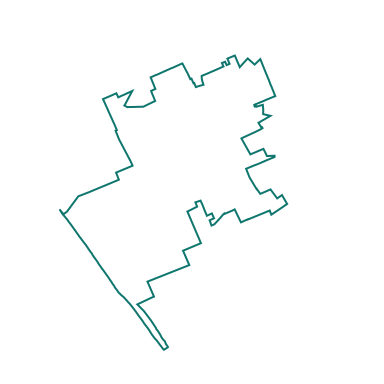 outline of Dzemul, Yucatán, Mexico, rotated 241°
{"feature_id": "50627088B35219806779119", "entity_name": "Dzemul", "entity_type": "district", "adm_level": 2, "iso_a3": "MEX", "parent_name": "Mexico", "parent_adm1": "Yucatán", "projection": "orthographic", "projection_center": [-89.351, 21.252], "detail": "fine", "context": "isolated", "style": "outline", "palette": "teal", "viewbox_px": 384, "rotation_deg": 241, "n_neighbors": 0, "source": "geoboundaries", "source_scale": "gbopen_adm2", "svg_char_len": 4156}
<svg xmlns="http://www.w3.org/2000/svg" viewBox="0 0 384 384"><g transform="rotate(241 192 192)"><path d="M118.9,108.0L135.2,109.6L129.4,154.2L145.0,155.7L142.9,175.0L154.7,176.2L177.1,178.5L176.7,189.4L181.3,190.0L180.3,195.3L175.4,194.9L169.5,194.1L164.0,193.5L163.6,199.0L158.3,198.5L158.7,193.7L153.2,192.8L152.9,195.9L155.4,203.5L157.2,208.3L157.5,209.6L157.1,209.5L156.2,218.2L156.1,219.6L156.1,220.9L141.7,220.1L141.1,227.4L140.9,227.3L140.4,231.5L138.1,251.0L133.7,250.4L134.8,263.3L135.4,269.4L145.7,269.2L145.1,263.4L156.2,261.9L157.0,253.3L157.3,250.8L162.5,250.2L163.3,250.2L163.3,249.9L176.7,249.4L186.1,250.6L185.0,260.1L184.5,263.1L183.5,273.5L182.6,281.2L183.7,281.8L187.1,275.0L190.7,275.2L193.6,275.3L195.1,275.4L196.6,261.3L214.9,261.2L214.8,263.6L214.5,267.6L213.8,277.1L213.7,279.4L213.5,283.0L213.7,284.7L214.9,284.6L214.8,283.9L219.9,283.7L220.3,283.7L220.4,288.1L220.6,297.5L225.6,292.0L225.8,292.1L229.8,294.4L233.9,296.2L235.4,289.6L236.0,289.7L236.4,288.3L238.0,288.7L237.9,290.4L236.8,299.6L236.7,301.4L236.5,303.0L236.2,305.3L236.1,306.7L235.8,308.6L235.7,309.7L235.6,310.6L235.5,311.3L246.6,312.7L246.8,312.6L249.4,313.0L253.7,313.6L253.9,313.6L257.1,314.0L259.1,314.2L259.3,314.2L263.3,314.7L267.4,315.2L275.1,316.2L273.1,308.5L276.1,307.5L281.8,305.5L280.9,302.8L280.0,300.1L279.5,298.5L278.0,294.3L290.6,295.6L290.7,294.7L291.1,291.1L291.3,289.5L291.5,287.6L285.9,287.0L286.2,283.8L289.9,284.1L290.3,280.7L286.5,280.4L287.4,270.3L287.5,269.5L287.6,268.6L287.9,265.4L287.9,265.1L288.1,263.2L288.4,260.4L288.6,259.1L288.6,258.9L288.8,256.7L287.2,255.9L285.9,255.3L285.7,255.2L284.5,254.9L283.7,254.7L280.2,254.0L280.5,252.9L281.1,250.3L281.4,248.9L281.9,246.2L286.3,246.8L286.4,246.0L291.4,246.5L291.5,245.2L296.2,245.6L298.8,245.7L300.7,245.7L307.8,245.9L309.1,245.9L309.2,245.6L309.8,238.0L310.1,234.7L310.3,233.8L310.4,232.5L311.3,221.7L311.6,218.1L311.9,216.5L312.0,214.9L312.2,212.3L312.3,211.5L312.2,211.5L312.1,211.4L303.8,210.4L299.9,209.9L300.2,205.2L296.4,204.7L293.5,204.4L289.5,203.9L290.2,190.7L290.7,189.8L292.6,186.2L294.7,182.1L295.0,181.6L297.0,177.8L297.6,176.6L298.5,176.0L300.4,174.8L301.1,176.0L309.3,188.7L309.4,187.4L309.5,186.3L309.6,185.2L309.7,184.1L309.9,182.1L309.9,181.0L310.0,179.9L310.1,178.8L310.2,177.8L310.3,176.7L310.4,175.0L310.5,173.4L315.0,173.7L315.5,168.1L316.4,159.2L306.2,158.4L304.6,158.2L288.6,156.9L282.6,156.3L282.7,154.9L275.0,153.9L273.0,153.7L248.6,153.2L243.8,152.8L245.8,135.0L238.2,134.0L241.8,101.7L243.1,92.2L243.4,90.6L236.5,75.5L235.4,73.1L234.9,68.8L240.1,67.9L241.1,67.8L238.1,67.9L237.0,68.0L235.2,68.1L234.8,68.2L234.0,68.4L232.0,68.8L229.4,69.3L227.9,69.6L226.1,69.7L222.3,70.3L218.6,70.7L213.6,71.3L212.1,71.4L211.4,71.5L210.9,71.6L209.5,71.7L207.9,71.9L207.1,71.9L205.6,72.3L204.1,72.4L202.8,72.6L200.6,72.9L198.9,73.2L196.5,73.6L195.6,73.5L194.8,73.7L193.4,73.8L192.2,73.9L190.9,74.0L188.7,74.2L187.6,74.5L186.7,74.6L185.6,74.5L184.1,74.6L183.3,74.7L182.8,74.6L182.2,74.9L181.4,74.9L179.9,75.1L179.5,75.1L178.7,75.3L177.6,75.4L177.3,75.4L175.6,75.5L174.9,75.5L173.7,75.6L172.2,75.8L171.0,75.9L169.4,76.1L168.5,76.1L167.9,76.3L166.7,76.4L165.7,76.6L164.3,76.7L163.0,76.9L162.5,76.9L161.9,77.0L160.4,77.1L158.9,77.4L156.0,77.6L153.4,77.8L152.9,77.9L151.5,78.0L150.9,78.0L150.5,78.0L149.7,78.0L148.9,78.2L148.3,78.3L147.5,78.4L146.3,78.3L145.4,78.4L144.7,78.4L143.8,78.6L142.2,78.9L141.3,78.9L140.4,79.0L139.7,79.1L139.1,79.2L138.6,79.4L137.8,79.7L135.9,80.2L134.4,80.8L133.5,81.2L132.4,81.4L131.7,81.7L130.6,81.9L129.6,82.1L128.7,82.4L126.9,82.7L125.8,83.0L125.0,83.2L124.3,83.4L122.9,83.6L121.3,83.9L118.6,84.3L113.6,85.0L109.5,85.4L106.0,85.9L102.6,86.3L101.2,86.4L99.5,86.5L94.7,87.3L91.3,87.6L88.6,87.7L87.2,87.8L85.2,88.0L84.0,88.2L82.1,88.4L80.9,88.8L79.4,89.1L77.9,89.4L75.3,89.7L73.7,89.9L72.0,90.2L70.1,90.4L68.6,90.6L68.2,90.9L67.6,91.0L67.7,92.2L67.7,93.3L67.8,94.0L67.9,95.1L68.0,95.8L69.0,95.8L70.6,95.6L71.4,95.5L73.3,95.7L74.1,95.9L75.1,95.8L76.6,95.3L79.4,94.9L82.5,95.0L83.4,95.0L87.8,94.7L88.5,94.4L89.3,94.3L90.1,94.5L91.0,94.5L100.0,93.8L111.2,92.2L120.2,89.7L119.2,105.4L118.9,108.0Z" fill="none" stroke="#0f766e" stroke-width="2"/></g></svg>